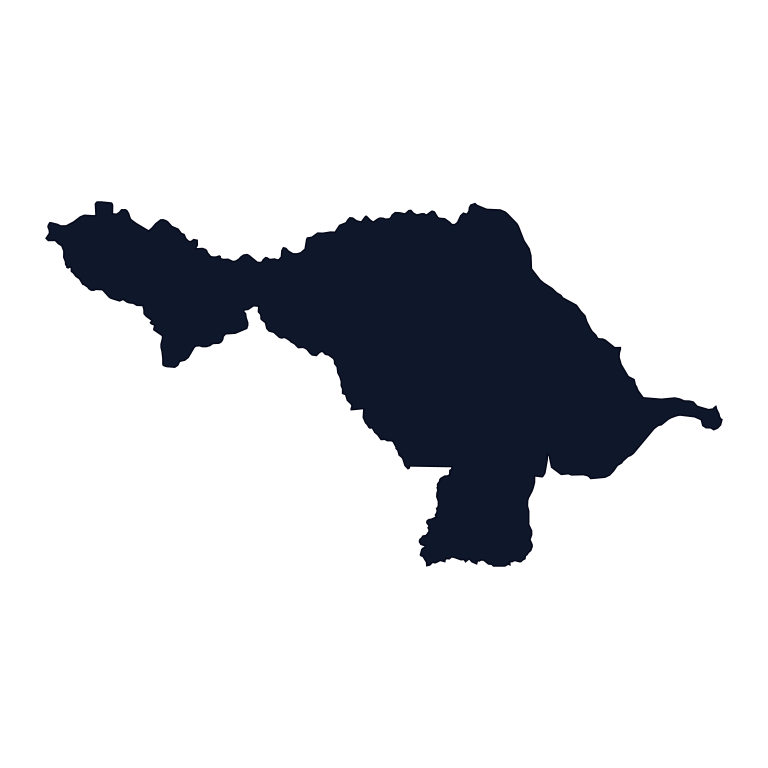 Mora, San José, Costa Rica
{"feature_id": "36466004B40218222859815", "entity_name": "Mora", "entity_type": "district", "adm_level": 2, "iso_a3": "CRI", "parent_name": "Costa Rica", "parent_adm1": "San José", "projection": "robinson", "projection_center": [-84.265, 9.872], "detail": "fine", "context": "isolated", "style": "filled", "palette": "ink", "viewbox_px": 768, "rotation_deg": 0, "n_neighbors": 0, "source": "geoboundaries", "source_scale": "gbopen_adm2", "svg_char_len": 6078}
<svg xmlns="http://www.w3.org/2000/svg" viewBox="0 0 768 768"><path d="M715.9,406.4L714.0,407.8L713.6,408.9L708.6,409.7L697.1,406.3L693.2,402.0L689.2,401.1L684.3,401.0L679.6,399.0L674.7,398.0L661.3,399.3L643.2,397.8L637.9,390.5L636.6,387.0L635.3,385.0L634.1,379.6L628.2,376.6L621.1,364.6L619.0,357.2L619.3,352.9L620.4,349.1L620.4,347.6L614.7,347.7L605.3,340.2L602.5,339.0L599.8,339.0L597.5,338.4L595.9,335.3L592.0,331.4L590.4,328.8L586.8,321.8L584.9,315.8L580.6,311.2L576.4,305.3L562.7,297.9L560.8,295.3L556.5,292.8L552.2,288.6L543.5,283.0L540.1,280.1L531.4,268.8L530.9,255.7L529.1,248.8L523.9,240.7L518.2,226.0L516.8,223.7L507.2,213.8L505.0,212.0L500.3,210.0L486.7,209.4L476.9,205.4L475.0,203.6L470.8,205.1L469.4,207.7L469.1,210.9L467.5,213.6L466.3,214.2L463.4,213.2L460.6,215.9L457.8,222.0L456.6,223.4L454.6,224.7L451.8,224.6L449.7,222.4L444.7,218.8L439.3,218.3L437.7,217.5L434.4,212.0L432.6,211.3L431.7,211.3L426.8,214.9L425.7,214.9L424.1,213.8L421.8,213.8L416.8,215.0L413.5,213.3L410.9,210.4L408.9,210.6L405.8,213.4L404.6,213.9L400.1,212.9L395.2,212.6L392.2,215.1L390.8,217.7L389.5,218.9L385.4,219.2L383.1,218.3L380.0,218.1L378.2,218.8L373.2,222.2L370.5,220.4L366.4,216.3L365.5,216.5L361.3,222.1L356.4,220.8L352.7,218.1L349.9,217.8L348.2,219.5L346.1,222.8L339.6,225.4L335.1,232.3L330.5,232.1L322.9,233.3L317.7,233.1L311.9,237.3L307.4,238.0L306.7,239.4L305.1,249.1L300.7,252.9L297.0,253.9L293.1,253.9L288.3,251.1L285.9,248.4L283.4,247.8L281.9,250.6L281.4,256.9L279.0,259.7L277.4,260.0L274.5,259.0L269.7,259.6L267.2,257.9L265.7,257.6L263.3,259.7L262.0,262.0L260.4,262.5L257.4,262.4L249.1,255.6L247.1,254.6L243.6,255.1L240.9,257.0L238.8,259.3L235.6,261.2L233.7,261.5L232.7,261.5L228.1,259.3L223.2,259.5L221.5,259.0L220.4,258.4L220.2,256.6L219.3,256.0L216.1,257.1L212.7,257.1L210.5,256.5L207.5,252.9L206.5,250.5L205.3,249.5L202.4,248.5L195.8,248.9L195.6,248.1L197.3,245.2L197.2,240.3L193.7,239.6L191.1,241.6L189.1,241.5L187.8,240.7L185.7,238.4L184.1,234.5L181.3,233.5L178.0,229.1L171.8,226.5L167.7,221.9L166.2,220.9L163.3,219.8L160.7,219.9L155.7,223.8L152.1,228.0L148.7,231.0L136.4,223.7L131.6,220.2L130.3,218.9L128.5,213.4L127.0,210.9L125.6,209.8L121.6,209.8L119.3,212.5L116.5,214.3L112.9,213.9L112.4,213.3L112.6,205.6L112.2,203.9L111.2,203.0L101.2,202.0L97.1,202.0L96.3,202.7L95.4,204.0L96.0,215.0L94.7,215.9L84.3,215.3L80.2,217.0L73.8,221.9L66.3,225.9L60.7,226.0L57.4,224.4L51.0,222.8L49.7,222.8L48.1,225.8L48.1,227.2L49.3,230.2L49.5,233.3L46.1,238.3L48.3,240.5L55.3,240.4L58.3,243.6L61.8,245.7L63.9,251.0L63.8,257.4L65.5,261.6L65.7,264.5L66.8,266.2L66.9,267.3L68.1,267.9L69.5,267.0L71.3,267.3L71.4,271.4L73.2,272.7L76.0,276.4L79.5,278.7L82.8,284.3L83.6,284.3L87.6,286.9L88.9,288.7L91.2,290.2L94.0,290.2L95.6,289.3L102.5,289.7L109.4,297.3L111.3,298.3L119.6,300.9L122.4,299.6L123.7,299.6L126.8,301.9L129.4,302.8L133.4,303.2L136.8,305.3L142.9,305.5L144.0,309.6L144.1,313.7L146.2,316.2L152.0,320.4L151.7,321.5L150.5,322.4L150.5,322.9L151.5,323.8L154.9,325.2L153.8,329.0L153.9,329.8L162.5,335.7L162.5,338.4L161.1,344.2L161.1,347.4L162.1,351.5L162.9,358.7L162.9,364.2L163.4,365.4L166.4,366.5L174.8,367.2L177.8,365.1L179.6,361.3L184.8,360.1L188.2,357.4L194.1,347.4L195.8,346.0L199.7,345.7L202.4,346.6L206.4,346.6L210.5,345.3L211.1,344.4L213.4,343.4L218.7,343.2L220.7,342.3L222.1,340.6L222.9,338.8L223.1,336.6L225.6,333.8L235.2,333.2L246.7,328.4L247.7,325.4L247.7,322.7L246.1,317.8L245.5,313.6L243.8,311.9L243.8,309.9L248.0,309.4L253.6,305.7L258.8,306.2L258.4,311.8L260.4,314.0L261.0,315.8L261.0,318.5L261.4,319.4L265.5,322.7L266.8,328.4L269.1,331.0L273.8,332.2L279.4,337.3L281.6,338.0L284.3,337.3L286.5,338.3L290.4,340.9L290.6,341.6L294.5,343.7L298.3,347.6L303.1,347.3L305.3,348.2L307.2,349.5L310.2,353.3L312.1,354.9L316.4,355.5L319.2,352.6L321.1,351.5L322.7,351.4L325.4,354.3L328.5,354.9L333.6,358.6L334.4,360.2L334.7,363.6L337.2,366.9L337.9,372.9L340.0,376.8L341.4,381.7L341.2,385.6L342.6,388.8L342.6,393.4L345.7,394.6L347.3,400.2L351.7,404.5L352.0,406.7L351.2,408.4L351.2,409.7L363.9,408.5L363.3,417.4L365.6,422.8L367.6,424.9L368.8,427.2L369.8,428.0L372.3,427.7L374.9,432.4L377.7,434.7L381.1,439.5L384.8,439.3L387.2,440.6L391.7,440.7L393.2,441.6L396.1,447.1L396.1,448.5L397.9,450.3L399.1,455.0L401.9,457.3L402.9,458.8L405.0,465.5L408.0,468.7L409.2,468.0L409.7,465.9L452.3,466.6L451.6,469.5L449.9,470.4L449.7,474.8L447.5,476.0L444.8,476.1L440.8,478.4L439.9,479.6L439.5,481.7L437.9,483.6L437.5,484.8L437.8,486.6L437.2,487.6L437.9,490.3L437.0,493.2L436.8,496.8L438.4,501.2L438.4,505.3L437.6,508.1L436.6,508.3L437.3,510.9L436.7,513.0L435.4,515.0L436.3,517.1L430.8,519.5L429.1,519.5L427.3,520.7L426.8,521.9L427.1,523.3L429.3,525.8L428.1,527.8L429.0,529.5L429.1,531.4L426.2,535.5L422.8,536.1L421.6,538.2L420.1,539.2L419.5,540.8L419.5,541.9L420.9,544.3L425.1,545.8L425.0,547.6L423.1,548.1L421.9,549.4L420.4,554.9L421.1,555.8L422.9,556.2L426.6,562.3L426.8,565.7L429.8,565.0L432.8,562.0L434.5,562.8L435.9,562.6L440.2,560.4L444.8,561.6L445.0,560.1L446.2,558.5L449.3,558.8L451.4,556.9L453.9,557.2L460.9,559.7L464.2,559.5L465.5,561.7L468.8,559.0L469.6,559.0L471.8,561.7L476.6,563.8L477.4,560.5L479.3,561.0L480.8,560.0L483.7,560.1L488.5,564.0L491.8,564.2L493.4,566.0L504.9,566.0L508.1,564.1L509.9,564.8L509.7,561.7L512.3,561.6L514.6,560.4L519.5,561.7L521.0,561.6L522.5,560.0L524.9,558.8L525.5,555.4L526.8,554.9L528.5,552.4L530.7,550.5L532.1,546.7L532.1,544.7L529.9,539.6L531.6,534.9L531.6,530.8L528.7,524.7L528.7,511.1L527.4,505.9L527.6,500.7L528.3,498.0L532.0,491.0L533.3,487.3L534.5,482.5L534.6,475.8L542.1,476.8L543.0,476.1L544.9,473.0L547.1,460.3L547.5,454.3L549.2,455.4L551.6,467.2L561.2,474.4L568.5,473.7L571.5,474.9L583.3,474.6L587.5,475.6L589.2,476.7L590.7,478.5L605.0,477.2L609.6,475.0L613.6,470.8L617.3,465.4L621.6,462.9L622.8,461.1L628.0,456.4L630.6,455.4L633.3,453.4L654.0,428.6L658.3,425.3L661.3,424.8L668.3,419.1L671.4,417.5L676.7,415.6L679.9,415.0L694.5,416.7L701.3,419.7L702.8,425.6L706.0,427.7L710.7,427.8L713.8,429.7L717.5,428.1L720.6,424.8L721.9,419.6L720.6,418.8L719.4,416.6L718.9,414.0L716.6,409.3L715.9,406.4Z" fill="#0f172a" stroke="#020617" stroke-width="1.5"/></svg>